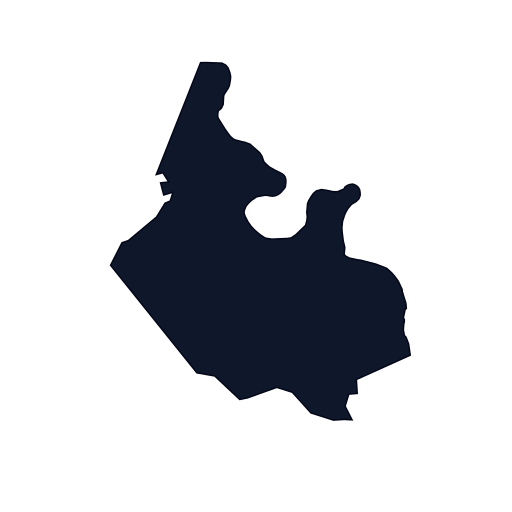 Henderson, Kentucky, United States of America (Mercator projection), rotated 54°
{"feature_id": "52423323B87544132972679", "entity_name": "Henderson", "entity_type": "district", "adm_level": 2, "iso_a3": "USA", "parent_name": "United States of America", "parent_adm1": "Kentucky", "projection": "mercator", "projection_center": [-87.608, 37.807], "detail": "fine", "context": "isolated", "style": "filled", "palette": "ink", "viewbox_px": 512, "rotation_deg": 54, "n_neighbors": 0, "source": "geoboundaries", "source_scale": "gbopen_adm2", "svg_char_len": 2118}
<svg xmlns="http://www.w3.org/2000/svg" viewBox="0 0 512 512"><g transform="rotate(54 256 256)"><path d="M315.8,372.5L328.8,359.9L362.5,353.5L365.8,346.2L374.5,316.4L387.6,306.7L415.3,303.8L434.3,289.8L440.0,280.8L445.0,274.6L429.9,272.2L422.3,262.1L426.7,254.9L414.9,247.4L426.9,189.5L416.8,184.2L410.1,182.4L408.7,182.4L408.0,182.9L402.5,180.3L398.1,176.6L396.8,175.1L394.8,173.4L392.9,173.1L391.7,172.1L386.7,166.5L386.5,166.1L386.9,165.3L386.6,165.0L386.4,164.9L382.1,162.4L375.8,160.3L370.1,158.3L369.2,157.5L360.0,155.7L354.3,155.7L349.5,156.1L343.2,157.4L341.7,158.1L341.3,158.4L333.0,163.8L321.0,173.7L318.6,176.2L312.5,181.7L308.8,183.5L306.5,183.7L301.4,179.2L295.0,176.5L286.7,171.9L285.2,170.9L283.6,169.9L278.9,165.7L275.2,160.7L273.7,158.3L271.6,153.7L270.3,148.4L270.8,142.7L270.1,138.9L268.2,136.1L266.4,134.8L263.6,133.3L262.5,133.1L261.4,132.9L259.6,133.0L257.4,133.7L254.7,135.4L253.3,138.0L252.5,140.8L252.5,143.5L253.5,145.4L251.9,152.2L249.3,155.8L244.3,160.3L240.7,164.0L238.8,168.9L239.1,172.8L240.4,176.6L242.1,180.6L243.8,183.4L250.6,189.3L254.4,191.5L257.2,194.0L260.3,197.8L262.2,211.2L262.0,216.9L260.4,220.1L251.7,233.2L248.3,236.7L246.6,238.1L241.1,240.2L234.9,241.7L229.1,242.5L223.7,242.4L217.2,241.4L213.8,240.2L212.0,238.3L209.9,234.9L209.0,231.8L208.3,227.5L208.5,220.6L212.0,213.3L213.3,211.5L215.8,209.2L217.4,207.3L218.6,205.1L219.3,202.0L219.3,199.0L218.0,193.2L217.2,191.5L214.3,188.8L211.9,187.0L209.2,186.0L207.1,185.9L204.6,186.6L197.5,190.3L197.3,190.4L191.7,192.9L187.5,193.8L184.3,194.2L178.7,192.5L174.7,192.3L162.0,195.1L157.0,198.5L155.8,199.7L149.7,204.7L148.1,205.5L145.8,206.1L145.5,206.2L143.0,206.5L135.6,206.5L122.6,205.6L120.7,205.0L118.3,203.2L116.5,201.3L116.3,200.5L116.2,197.4L114.5,194.2L114.0,193.4L107.3,187.9L106.4,186.4L103.9,179.8L102.5,177.4L98.4,173.1L95.7,170.9L92.2,169.3L87.0,168.0L83.7,168.3L79.9,170.2L70.1,182.7L67.0,187.2L131.5,288.8L133.9,282.4L144.8,283.1L140.7,290.2L152.4,294.8L155.6,285.7L161.1,293.1L159.8,298.5L166.0,313.5L168.5,350.2L166.5,356.6L178.0,379.1L315.8,372.5Z" fill="#0f172a" stroke="#020617" stroke-width="1.5"/></g></svg>